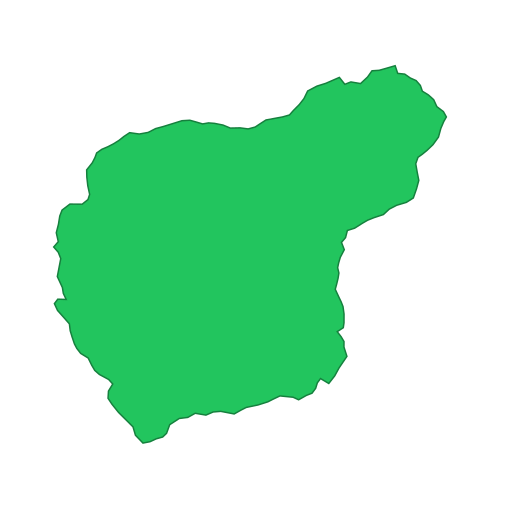 the district of Cruzeiro, São Paulo, Brazil, rotated 263°
{"feature_id": "56859067B26751630679552", "entity_name": "Cruzeiro", "entity_type": "district", "adm_level": 2, "iso_a3": "BRA", "parent_name": "Brazil", "parent_adm1": "São Paulo", "projection": "equal_earth", "projection_center": [-45.003, -22.562], "detail": "fine", "context": "isolated", "style": "filled", "palette": "green", "viewbox_px": 512, "rotation_deg": 263, "n_neighbors": 0, "source": "geoboundaries", "source_scale": "gbopen_adm2", "svg_char_len": 2153}
<svg xmlns="http://www.w3.org/2000/svg" viewBox="0 0 512 512"><g transform="rotate(263 256 256)"><path d="M84.1,121.0L84.6,128.2L86.7,134.7L87.7,141.3L90.9,145.6L99.1,149.8L104.1,160.0L104.1,168.6L107.3,176.5L104.2,186.9L106.4,194.5L106.1,202.1L101.9,215.1L104.9,222.4L106.9,227.9L107.9,239.8L109.8,250.0L111.8,255.5L114.2,262.7L111.3,275.6L108.1,280.8L111.5,289.0L113.0,294.9L117.4,299.1L122.6,301.4L126.5,305.1L120.6,312.7L127.4,319.5L134.8,324.8L145.3,334.0L154.9,332.2L160.4,332.9L165.4,330.7L171.0,327.4L174.2,333.9L179.0,335.2L187.7,336.3L195.2,336.2L200.2,334.9L204.9,333.3L213.3,330.6L218.2,332.6L223.8,334.7L229.0,336.2L234.4,335.6L239.1,337.2L244.4,339.5L251.5,344.4L259.1,342.5L263.3,347.1L270.2,349.8L271.6,357.3L275.5,365.5L277.9,371.1L279.7,377.9L281.6,387.5L286.3,394.0L289.2,401.8L290.9,411.8L294.4,419.2L303.1,423.5L311.2,426.8L319.7,426.2L328.1,425.8L334.2,428.8L336.9,433.7L340.0,438.6L344.9,445.2L351.8,451.6L360.1,455.0L366.5,458.7L370.8,461.9L376.5,459.6L382.2,453.7L389.5,451.4L394.8,446.8L399.3,441.2L405.3,439.9L410.6,436.3L413.9,430.8L418.4,425.8L420.0,418.9L427.9,417.3L426.4,408.0L425.3,400.9L425.7,393.7L420.0,388.5L414.4,380.8L417.2,371.4L415.6,365.1L423.1,360.5L418.9,346.4L417.2,337.2L413.5,327.4L406.4,322.8L401.1,317.5L395.9,310.9L391.9,306.4L390.8,299.3L390.3,290.9L389.8,282.5L386.9,276.5L384.1,270.9L383.1,263.7L385.1,255.9L386.1,246.1L390.0,239.2L392.7,231.0L393.9,225.1L393.6,219.1L396.3,212.9L398.8,206.9L399.3,199.0L397.1,186.9L395.8,179.7L394.7,171.9L391.8,164.0L391.3,155.0L393.8,145.6L390.7,139.4L387.4,134.0L384.7,128.2L382.5,122.3L380.7,116.0L377.7,110.4L373.4,108.2L368.5,104.9L362.1,98.4L354.8,97.7L346.3,97.6L337.4,98.4L332.5,96.1L328.6,89.8L330.2,77.6L325.2,69.1L319.6,66.1L311.6,63.8L303.4,60.6L294.3,61.5L289.6,56.3L283.8,60.2L277.2,61.9L259.8,56.3L248.3,60.0L242.4,60.2L236.0,62.3L237.3,54.0L233.3,50.1L226.1,52.4L220.5,56.3L211.4,62.5L204.4,62.5L198.1,63.6L190.8,65.1L186.1,66.9L180.7,70.1L175.2,77.0L167.7,79.6L162.1,82.0L157.5,86.1L151.4,94.7L146.4,98.2L139.9,93.1L132.8,91.8L126.4,95.0L117.5,100.5L101.4,113.1L92.8,114.5L84.1,121.0Z" fill="#22c55e" stroke="#15803d" stroke-width="1.5"/></g></svg>